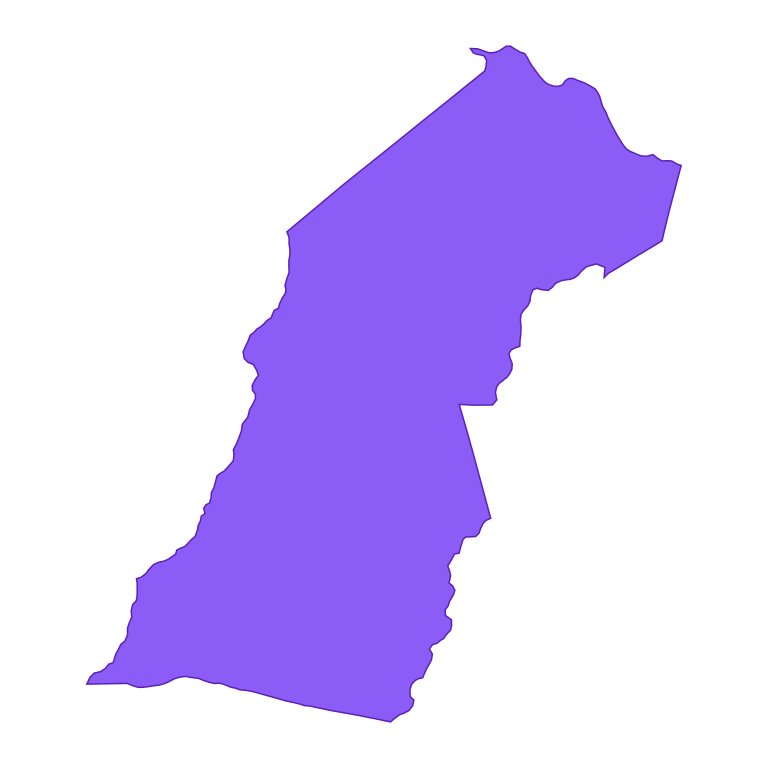 the district of Amontada, Ceará, Brazil
{"feature_id": "56859067B90853545828337", "entity_name": "Amontada", "entity_type": "district", "adm_level": 2, "iso_a3": "BRA", "parent_name": "Brazil", "parent_adm1": "Ceará", "projection": "natural_earth1", "projection_center": [-39.792, -3.231], "detail": "fine", "context": "isolated", "style": "filled", "palette": "violet", "viewbox_px": 768, "rotation_deg": 0, "n_neighbors": 0, "source": "geoboundaries", "source_scale": "gbopen_adm2", "svg_char_len": 3775}
<svg xmlns="http://www.w3.org/2000/svg" viewBox="0 0 768 768"><path d="M203.7,508.2L205.0,513.6L201.3,516.1L200.4,520.9L198.2,525.4L197.4,530.2L195.1,536.5L191.3,539.7L187.9,543.3L184.7,546.6L181.0,548.0L176.9,550.0L175.6,554.1L172.0,556.6L168.5,559.1L164.0,561.1L158.0,562.5L153.4,564.7L149.0,569.3L145.8,573.6L141.3,577.2L136.5,578.7L137.2,583.5L137.2,588.9L137.1,596.0L136.3,600.7L132.8,604.4L131.2,610.6L131.8,617.0L129.1,623.3L127.5,628.3L127.5,634.8L125.1,640.8L120.8,644.4L118.0,650.2L115.8,654.1L114.6,658.1L113.1,662.7L108.7,664.2L105.5,668.3L100.5,671.7L94.3,673.0L90.0,677.3L86.8,684.1L127.1,683.4L133.7,686.0L138.2,687.3L142.5,687.3L148.0,686.7L153.9,685.7L159.3,685.1L165.2,683.4L170.5,680.8L174.6,678.7L179.7,677.2L185.7,676.4L190.0,677.3L194.2,677.8L198.4,678.3L203.7,680.5L209.9,682.5L214.6,683.5L219.5,683.2L223.5,684.2L227.3,685.8L231.2,687.3L235.7,688.2L239.8,689.8L245.8,690.3L251.6,691.3L258.0,693.0L285.9,700.9L295.2,702.9L300.8,704.3L304.3,705.6L310.4,706.1L315.9,707.4L322.1,708.6L327.9,709.9L331.4,710.6L358.7,715.4L390.5,721.9L395.0,718.1L399.7,714.7L403.6,713.3L409.0,710.6L412.7,705.6L413.9,700.0L410.1,696.5L410.0,689.4L411.6,684.4L415.1,680.5L418.4,678.7L422.7,677.8L424.8,672.6L426.7,668.5L429.3,664.0L431.5,659.7L432.4,654.1L429.4,649.0L432.7,644.5L436.8,643.4L440.3,640.5L443.6,638.6L446.3,634.6L450.5,630.3L451.6,625.5L451.4,619.7L445.4,615.4L445.2,609.9L448.1,605.9L449.7,600.9L453.2,595.3L454.9,590.3L452.6,585.9L449.0,582.9L450.6,575.8L449.6,570.9L447.7,566.1L451.1,560.4L454.7,553.9L459.1,553.2L460.8,546.4L463.1,539.4L465.9,536.9L469.8,536.9L475.6,536.5L479.0,533.2L480.6,528.6L483.1,523.5L486.0,520.4L490.7,518.3L473.2,453.5L469.2,439.2L465.5,426.1L459.2,404.4L472.5,405.1L492.5,405.0L496.8,399.9L495.4,392.4L496.8,386.5L499.3,383.3L503.0,380.4L506.9,377.3L509.9,373.4L511.9,369.1L512.2,363.7L509.9,357.8L509.0,353.7L510.9,350.1L514.6,348.0L519.8,346.4L520.0,340.6L520.8,334.2L521.0,327.2L520.4,319.5L521.2,313.9L524.1,309.8L527.7,306.0L530.0,301.2L530.6,295.6L532.9,289.9L536.8,288.3L541.9,289.7L548.2,290.4L552.1,287.5L555.8,283.1L561.9,280.5L566.3,279.8L570.2,279.3L573.9,278.1L578.0,275.2L581.6,270.9L586.5,266.7L591.5,265.3L596.2,263.9L601.5,266.0L605.0,267.4L604.1,277.5L608.5,273.2L614.0,270.0L637.2,255.8L658.6,242.9L662.1,240.7L663.7,233.4L666.0,223.9L669.3,210.5L681.2,165.5L677.3,164.2L671.7,161.0L666.9,160.7L662.2,161.0L658.1,158.7L652.9,154.6L646.5,156.3L640.6,155.8L636.3,154.0L630.6,151.6L626.9,149.3L623.4,145.4L619.1,138.4L616.4,133.9L612.1,126.0L607.6,116.7L606.0,112.3L602.7,106.7L601.1,101.5L599.6,96.3L597.8,92.7L595.3,89.1L591.0,86.4L584.1,82.7L577.9,80.5L573.0,78.4L568.5,78.5L565.2,80.9L562.4,84.9L558.9,86.2L554.0,86.2L548.9,84.6L545.2,82.3L540.9,77.8L538.4,74.6L532.1,66.0L529.4,61.7L527.5,57.9L524.7,53.6L520.4,52.2L515.9,49.7L510.4,46.1L506.1,46.3L502.6,48.6L498.9,51.1L493.4,52.7L488.7,52.7L483.5,50.9L477.6,48.8L470.4,48.5L473.3,52.9L476.8,54.3L480.6,54.9L484.2,55.9L486.6,60.6L486.0,66.7L484.7,71.0L445.2,102.9L418.1,124.6L389.5,147.7L345.5,182.9L286.9,231.8L289.1,237.5L289.1,244.4L290.0,249.9L289.8,255.6L288.9,260.6L288.9,266.2L289.1,272.5L286.5,279.7L285.0,285.4L286.0,289.7L285.2,293.7L282.2,298.1L279.7,303.5L278.3,308.4L274.2,310.3L271.1,317.8L267.0,320.5L263.5,324.3L260.5,326.8L257.0,329.0L253.5,332.8L250.2,335.2L248.3,340.6L245.5,346.4L243.1,351.9L244.2,358.5L248.0,362.4L253.3,364.4L256.8,370.5L258.4,375.4L255.4,379.3L252.2,385.4L252.5,390.4L255.3,394.0L255.5,398.5L252.7,404.4L249.6,409.8L247.8,417.1L242.3,424.3L241.4,431.0L240.0,434.9L238.2,439.6L235.9,445.0L233.4,449.6L234.0,455.2L233.2,460.9L227.9,467.0L224.1,471.1L220.3,473.3L217.0,475.9L215.4,482.2L213.8,488.0L211.4,492.5L211.1,497.7L209.5,503.0L206.0,504.8L203.7,508.2Z" fill="#8b5cf6" stroke="#5b21b6" stroke-width="1.5"/></svg>